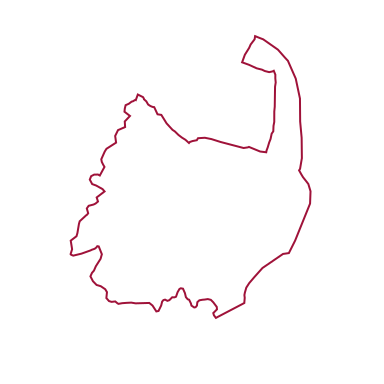 Katsina-Ala, Benue, Nigeria, rotated 341°
{"feature_id": "59680162B67606782034303", "entity_name": "Katsina-Ala", "entity_type": "district", "adm_level": 2, "iso_a3": "NGA", "parent_name": "Nigeria", "parent_adm1": "Benue", "projection": "mercator", "projection_center": [9.542, 7.289], "detail": "fine", "context": "isolated", "style": "outline", "palette": "rose", "viewbox_px": 384, "rotation_deg": 341, "n_neighbors": 0, "source": "geoboundaries", "source_scale": "gbopen_adm2", "svg_char_len": 2559}
<svg xmlns="http://www.w3.org/2000/svg" viewBox="0 0 384 384"><g transform="rotate(341 192 192)"><path d="M302.4,65.2L300.9,68.0L295.5,71.6L293.0,74.3L286.7,79.4L281.6,85.7L287.2,90.2L293.4,96.1L298.0,99.1L300.2,101.3L304.0,103.8L307.4,104.2L308.8,104.0L309.0,108.2L307.8,111.6L306.8,115.7L304.8,119.5L298.0,138.3L296.0,142.7L292.6,152.5L290.6,156.0L288.6,161.1L286.3,162.8L283.5,167.5L281.1,170.3L278.1,174.5L276.1,176.9L275.1,178.6L269.6,175.9L260.5,167.9L259.4,168.0L255.1,167.2L235.3,154.0L227.6,148.3L221.8,144.9L215.2,143.1L213.4,144.6L209.1,144.0L206.3,144.0L205.1,144.7L202.8,140.5L200.2,137.3L197.8,133.7L195.5,129.1L193.8,126.9L190.3,118.8L188.1,109.1L184.7,107.3L183.9,99.5L182.4,98.7L180.7,97.2L179.9,96.2L179.0,95.0L178.3,91.4L176.8,88.7L176.9,88.0L176.6,86.4L172.5,82.2L168.8,86.8L168.4,86.4L165.7,87.0L164.3,86.9L161.0,88.0L157.5,88.3L155.6,91.3L154.3,94.1L158.1,99.9L151.4,103.4L149.9,108.8L142.2,109.4L140.4,111.2L138.6,113.0L137.6,114.0L136.3,120.6L125.2,123.3L122.7,125.3L116.9,131.5L116.5,134.2L116.9,137.2L117.4,139.8L110.2,146.4L108.8,144.9L105.2,143.7L101.8,144.2L99.4,147.0L100.2,152.0L103.5,154.7L108.4,160.2L109.5,163.0L100.1,166.1L100.0,170.4L97.1,171.5L94.9,171.8L89.8,171.4L87.2,173.3L86.9,178.3L85.4,179.3L84.3,179.6L76.3,183.1L74.7,185.4L70.3,193.5L68.4,196.2L61.5,198.5L60.0,207.1L57.0,211.2L57.3,212.0L59.0,213.5L67.4,214.3L77.1,214.2L78.3,214.0L81.5,214.0L83.5,213.3L84.8,212.4L86.1,213.1L86.5,221.5L83.8,225.4L76.9,230.9L73.7,234.4L71.1,235.9L68.5,238.7L69.3,244.1L71.5,248.8L75.1,251.4L78.3,255.7L79.0,259.0L76.5,264.4L78.0,268.1L80.2,269.7L83.8,270.5L85.2,272.8L86.0,273.8L89.8,274.4L93.6,275.4L98.5,276.8L102.4,278.9L115.5,283.0L117.7,286.5L119.4,293.3L121.6,293.6L125.9,289.3L128.1,285.9L129.8,284.9L131.5,285.0L133.3,286.9L135.4,286.9L139.0,285.1L141.1,285.9L142.8,285.8L145.8,282.0L148.6,279.6L150.1,279.4L152.0,280.5L152.4,285.3L152.0,289.4L153.0,292.0L154.2,292.9L154.7,297.1L154.5,299.2L156.5,301.9L157.9,302.1L159.7,301.0L161.2,297.9L163.7,296.8L166.9,297.3L168.8,297.8L172.1,298.4L174.7,300.1L176.2,303.2L178.0,308.7L177.4,311.1L172.7,313.4L172.6,315.7L173.6,318.8L205.3,314.0L207.4,309.2L208.0,306.5L209.2,304.4L212.2,300.1L216.4,296.8L223.0,292.9L233.9,286.8L257.9,280.2L263.7,281.3L273.7,271.5L299.6,241.7L299.9,241.3L304.3,229.9L304.6,222.3L303.1,217.9L301.8,214.2L301.1,210.9L300.3,206.4L301.7,205.3L305.9,197.6L306.9,195.8L313.3,176.5L317.2,160.6L324.5,138.8L327.0,118.6L325.4,99.1L325.0,98.3L323.6,95.1L319.6,85.4L309.0,70.8L306.6,68.8L302.4,65.2Z" fill="none" stroke="#9f1239" stroke-width="2"/></g></svg>